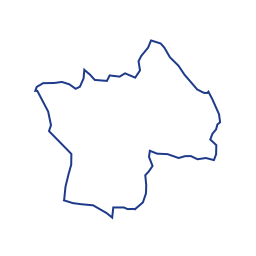 Emmaboda, Kalmar, Sweden, rotated 65°
{"feature_id": "70781695B16590141300701", "entity_name": "Emmaboda", "entity_type": "district", "adm_level": 2, "iso_a3": "SWE", "parent_name": "Sweden", "parent_adm1": "Kalmar", "projection": "robinson", "projection_center": [15.568, 56.666], "detail": "fine", "context": "isolated", "style": "outline", "palette": "blue", "viewbox_px": 256, "rotation_deg": 65, "n_neighbors": 0, "source": "geoboundaries", "source_scale": "gbopen_adm2", "svg_char_len": 1063}
<svg xmlns="http://www.w3.org/2000/svg" viewBox="0 0 256 256"><g transform="rotate(65 128 128)"><path d="M98.6,200.5L117.0,194.0L127.6,190.3L137.3,195.0L144.1,200.9L154.7,209.4L166.1,216.2L166.5,216.6L172.8,209.7L177.5,202.3L183.3,192.3L196.3,183.2L202.5,180.2L193.8,174.9L198.3,165.3L201.3,162.7L204.3,155.8L204.5,155.8L201.7,145.9L194.9,139.4L187.7,135.7L178.1,132.3L176.2,127.6L172.8,121.8L163.1,121.2L157.9,117.8L163.6,112.4L168.4,103.2L176.6,94.8L177.6,88.3L180.0,82.9L185.7,78.2L188.1,70.1L193.4,63.7L189.1,59.3L180.9,55.2L173.2,58.3L168.9,53.9L166.5,48.8L162.6,45.5L161.7,42.1L154.0,39.7L137.4,39.4L129.1,39.8L129.8,41.1L128.3,44.3L122.3,49.0L103.5,54.3L93.0,55.9L81.7,60.1L70.5,61.1L65.2,62.7L58.4,70.1L63.7,75.9L68.2,85.4L71.9,90.2L80.9,92.8L85.4,100.2L77.2,107.6L77.9,113.9L72.6,122.4L76.4,127.2L70.4,137.8L63.6,139.9L57.3,142.8L56.8,143.0L64.3,147.3L70.3,154.2L70.3,158.9L63.6,162.7L58.3,168.5L56.0,175.9L51.5,186.0L52.2,193.4L55.2,196.3L56.0,194.5L79.3,193.4L92.9,196.6L97.4,200.9L98.6,200.5Z" fill="none" stroke="#1e3a8a" stroke-width="2"/></g></svg>